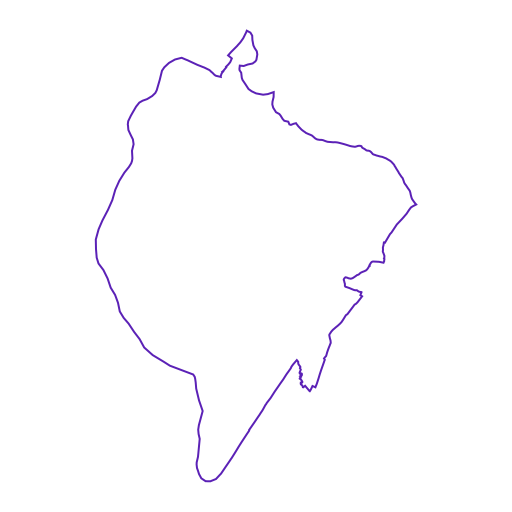 Doicesti, Dâmbovita, Romania (Mercator projection)
{"feature_id": "2599482B68279718478530", "entity_name": "Doicesti", "entity_type": "district", "adm_level": 2, "iso_a3": "ROU", "parent_name": "Romania", "parent_adm1": "Dâmbovita", "projection": "mercator", "projection_center": [25.417, 44.992], "detail": "fine", "context": "isolated", "style": "outline", "palette": "violet", "viewbox_px": 512, "rotation_deg": 0, "n_neighbors": 0, "source": "geoboundaries", "source_scale": "gbopen_adm2", "svg_char_len": 6026}
<svg xmlns="http://www.w3.org/2000/svg" viewBox="0 0 512 512"><path d="M416.2,204.5L415.1,203.3L413.7,201.4L412.1,199.1L411.5,197.6L410.8,195.0L410.3,192.5L409.7,190.7L408.7,189.3L407.5,187.6L407.0,186.8L406.2,185.6L405.8,185.0L405.2,184.3L404.5,183.2L404.1,182.4L403.7,181.0L403.4,180.2L403.0,179.1L402.6,178.1L401.4,176.7L399.8,174.3L398.9,173.0L398.6,172.4L398.5,172.1L396.4,168.8L395.3,166.9L394.7,166.1L394.4,165.3L393.7,164.3L392.5,163.0L391.2,161.6L389.7,160.5L388.1,159.6L386.1,158.4L384.3,157.7L382.3,156.9L379.8,156.4L378.1,155.9L376.5,155.5L374.9,154.9L373.6,154.5L372.8,154.1L371.8,152.9L371.1,152.1L370.4,151.5L369.6,151.0L368.6,150.7L367.2,150.6L366.3,150.3L364.6,149.0L362.9,148.1L362.1,147.5L361.7,146.8L361.5,146.3L361.0,146.0L359.8,145.8L358.9,145.8L357.7,146.0L356.6,146.4L355.0,146.8L352.0,146.4L350.0,146.0L348.5,145.5L346.6,144.9L344.3,144.2L342.1,143.6L339.4,142.9L337.7,142.5L336.2,142.3L334.8,142.2L333.3,142.3L332.4,142.2L331.1,142.1L330.0,142.0L328.8,141.9L327.6,141.8L326.6,141.5L325.4,141.1L324.9,140.9L323.9,140.5L322.8,140.1L321.5,139.9L320.0,139.9L318.7,139.7L317.5,139.5L316.6,139.2L315.2,138.4L313.2,136.6L311.9,135.5L310.6,134.9L308.6,134.1L306.8,133.3L305.9,132.9L305.2,132.3L303.3,131.0L301.6,129.7L298.9,126.9L298.0,125.9L297.2,124.8L296.5,124.0L296.0,123.2L293.6,123.8L290.9,124.9L289.4,124.4L288.3,121.7L284.3,120.8L282.6,118.9L280.6,115.6L279.3,114.0L276.0,112.2L273.2,107.7L272.3,104.4L272.5,101.6L273.6,97.0L273.7,92.1L267.8,94.1L263.1,94.7L256.1,93.4L251.7,91.3L248.5,89.0L245.8,84.8L242.5,79.9L241.8,77.9L241.2,72.7L239.6,70.3L239.4,69.0L239.8,65.6L243.7,66.0L247.8,64.5L252.6,63.5L255.4,61.4L256.4,59.8L257.3,54.4L256.8,51.3L254.7,48.1L253.4,45.4L252.4,40.0L252.2,35.6L250.4,32.6L247.0,30.8L246.8,30.7L246.1,32.5L245.4,33.9L243.2,38.3L241.0,41.4L240.2,42.5L239.3,43.5L238.1,44.8L237.1,46.0L234.4,48.7L231.1,52.0L228.1,55.4L231.8,58.4L231.1,60.1L230.6,61.3L230.1,62.3L228.7,64.0L228.4,64.4L226.0,66.8L226.3,67.3L225.3,68.5L223.4,70.8L222.5,71.6L222.9,71.8L222.2,72.5L221.4,74.0L221.1,75.0L220.9,75.6L220.7,76.2L220.8,76.9L216.8,76.0L215.5,75.6L214.0,74.4L213.1,73.4L211.8,72.2L211.0,71.6L210.7,71.2L210.4,70.9L209.3,70.0L204.2,67.5L202.8,67.0L200.1,65.9L197.5,64.9L188.7,60.8L187.9,60.4L185.4,59.4L181.7,57.8L179.6,58.3L175.0,59.5L169.0,62.9L164.3,67.3L162.0,70.7L159.7,80.0L156.7,90.3L155.3,93.0L152.2,96.0L147.1,99.1L142.6,100.7L139.3,102.6L136.1,106.6L132.9,112.1L130.8,115.8L128.2,121.2L127.8,124.5L128.0,125.5L128.2,128.0L128.4,130.0L130.0,133.5L131.1,135.8L132.9,139.4L133.6,144.2L133.0,146.7L132.0,150.7L132.4,158.4L132.0,161.0L131.2,163.3L128.9,167.0L124.4,172.6L119.3,180.8L115.3,189.7L112.3,200.1L108.0,209.8L102.4,220.5L98.6,229.3L95.8,239.5L96.0,249.1L96.7,257.7L98.5,263.5L103.4,270.0L107.6,278.5L110.7,287.7L115.1,294.9L118.0,302.8L119.8,311.5L123.7,317.9L128.6,323.6L134.1,331.9L139.6,339.1L144.2,347.5L152.7,355.1L163.8,361.8L169.9,365.7L193.2,374.5L194.7,376.8L195.2,378.9L195.7,382.5L196.2,388.6L199.0,400.3L202.6,410.8L202.6,411.3L198.9,425.1L198.2,429.7L198.6,434.0L199.7,438.9L198.0,456.8L196.7,462.3L196.6,464.5L197.0,468.0L198.0,470.8L199.0,474.0L201.3,478.3L205.6,481.2L210.3,481.3L216.0,479.0L219.9,474.8L221.0,473.7L225.4,467.2L230.4,459.9L230.6,459.5L231.7,458.0L234.9,452.9L236.5,450.3L238.6,446.8L241.4,442.4L246.7,434.3L249.2,430.6L249.1,430.0L254.5,422.2L254.7,421.9L257.8,417.3L259.6,414.7L259.9,414.2L260.8,412.8L262.3,410.6L263.5,408.5L265.4,405.0L266.0,404.3L266.8,402.9L267.9,401.5L270.6,398.0L274.7,391.6L274.9,391.3L277.9,387.0L280.3,383.5L283.3,379.3L283.6,378.8L286.2,374.7L287.1,373.4L288.5,371.5L290.4,368.8L290.7,368.4L291.5,366.6L293.2,364.3L296.8,360.1L298.2,361.8L298.2,363.1L298.5,364.3L300.3,366.7L300.3,367.5L300.0,367.8L299.9,368.2L300.2,368.6L300.8,369.6L300.6,370.2L300.0,371.5L299.6,372.6L299.7,373.2L300.2,373.3L300.6,373.3L301.2,373.4L301.6,373.5L301.8,373.7L301.9,374.1L301.9,374.8L301.5,374.8L301.0,374.5L300.4,374.9L300.4,375.2L300.6,375.2L301.0,375.3L301.2,375.8L301.2,376.5L300.5,376.7L300.0,377.0L300.2,377.3L300.6,377.4L300.6,377.8L300.2,378.2L299.8,378.7L300.3,379.1L301.0,379.6L301.7,380.6L302.3,381.6L302.3,382.3L301.9,382.7L301.4,382.6L300.8,382.6L300.7,383.6L300.9,384.4L301.6,384.8L302.4,385.8L302.9,386.8L302.9,387.2L303.3,387.3L305.1,385.8L307.4,388.5L309.5,391.0L309.8,391.2L310.1,390.8L311.1,389.0L312.5,386.0L315.4,387.3L315.7,386.5L316.4,384.8L316.5,384.5L316.8,383.8L318.6,378.2L319.7,374.5L321.1,370.2L322.3,366.8L324.0,362.0L324.3,361.0L324.5,360.6L324.7,360.0L324.8,359.7L324.0,358.5L325.0,357.2L326.0,356.2L326.4,355.1L327.1,352.5L328.2,349.3L329.2,346.7L329.6,345.8L330.1,344.4L330.7,343.0L330.7,342.2L330.5,340.4L329.9,338.4L329.3,335.3L329.4,334.5L331.3,331.6L333.0,329.7L334.0,328.9L335.7,327.4L337.8,325.7L339.9,323.8L341.5,322.1L343.0,319.9L345.4,316.0L345.8,315.3L346.6,314.7L347.4,314.2L354.6,304.6L356.0,303.8L357.5,302.3L359.9,299.2L362.1,296.3L360.4,295.2L360.7,294.2L361.4,292.7L361.5,292.2L361.1,292.0L359.9,291.9L358.6,291.5L356.8,290.2L355.9,290.3L354.3,290.1L352.3,289.3L349.5,288.1L345.4,286.7L344.9,285.9L344.9,283.8L344.5,282.6L344.1,280.8L343.7,279.8L343.9,279.1L344.4,278.3L345.3,277.4L345.5,277.3L346.1,277.4L347.5,277.8L348.6,278.3L349.7,278.5L350.5,278.7L351.2,278.6L351.6,278.5L352.7,278.1L354.4,277.0L356.1,275.8L357.0,275.1L357.7,274.9L358.5,274.6L359.1,274.2L360.1,273.2L360.6,272.8L361.2,272.5L362.5,271.9L364.6,271.1L365.1,270.8L365.7,270.6L366.3,270.1L367.1,269.4L367.6,268.7L368.5,267.4L369.2,265.9L369.4,265.8L369.7,265.8L369.7,265.5L369.7,265.1L369.7,264.6L370.3,263.9L370.9,262.8L371.8,261.9L373.0,261.5L379.0,261.8L383.4,262.7L383.5,262.2L384.0,261.8L384.1,261.6L384.1,261.2L384.2,260.7L384.2,260.0L384.4,259.4L384.4,259.1L384.3,258.9L384.0,258.4L384.3,258.1L384.3,257.6L384.4,256.4L384.4,255.8L383.5,253.3L382.9,251.9L382.8,251.2L383.0,250.1L382.9,247.5L383.5,245.1L383.9,242.4L384.5,242.3L385.0,242.6L390.0,234.1L391.5,232.5L396.8,224.5L402.2,218.8L406.6,213.7L409.1,209.9L411.0,207.4L413.1,206.1L416.2,204.5Z" fill="none" stroke="#5b21b6" stroke-width="2"/></svg>